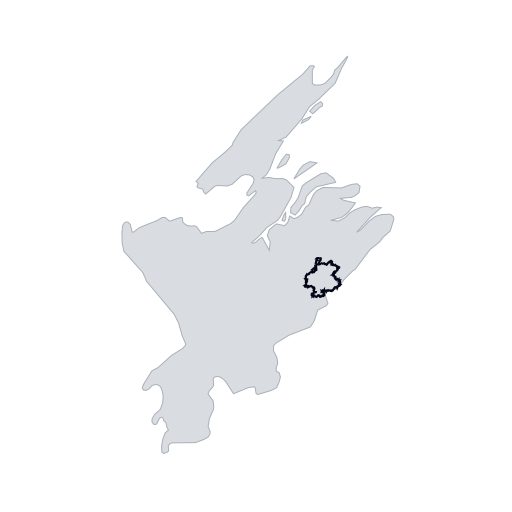 location of Jessore, Khulna, Bangladesh, rotated 232°
{"feature_id": "16705992B28022870637862", "entity_name": "Jessore", "entity_type": "district", "adm_level": 2, "iso_a3": "BGD", "parent_name": "Bangladesh", "parent_adm1": "Khulna", "projection": "equal_earth", "projection_center": [89.196, 23.085], "detail": "fine", "context": "in_parent", "style": "outline", "palette": "ink", "viewbox_px": 512, "rotation_deg": 232, "n_neighbors": 0, "source": "geoboundaries", "source_scale": "gbopen_adm2", "svg_char_len": 9428}
<svg xmlns="http://www.w3.org/2000/svg" viewBox="0 0 512 512"><g transform="rotate(232 256 256)"><path d="M191.0,362.2L190.9,349.9L184.4,325.7L184.7,323.1L183.3,311.4L181.7,305.0L180.9,298.1L184.8,288.2L183.2,286.6L174.5,283.6L173.5,281.0L175.4,271.3L169.1,262.1L166.6,255.3L173.3,233.2L175.1,217.8L174.6,214.8L170.5,211.4L163.3,210.0L158.2,207.2L155.2,202.8L152.7,201.1L149.6,202.4L145.6,200.7L142.3,196.4L139.5,191.1L140.6,185.4L145.9,171.9L147.8,171.5L152.4,174.1L154.1,174.1L157.1,168.7L161.3,153.5L175.8,154.8L179.3,154.3L183.0,153.1L185.0,151.2L186.1,148.8L185.7,146.7L181.2,143.8L179.5,141.7L178.3,135.6L176.9,133.3L168.2,133.0L163.6,130.2L161.1,127.7L156.7,119.4L151.2,113.3L145.9,111.8L143.9,109.9L142.8,106.7L143.5,102.2L146.2,93.4L160.6,74.6L161.0,72.5L160.5,70.1L156.2,67.1L156.0,65.6L157.2,61.6L159.6,61.2L164.5,64.7L169.6,70.5L172.6,75.7L172.7,79.8L176.6,80.6L179.9,82.4L183.3,81.9L185.6,82.9L187.0,82.5L187.6,80.2L184.7,74.2L186.1,71.8L189.4,71.9L191.8,74.1L193.6,78.7L193.9,85.8L197.8,92.2L202.9,96.7L206.9,98.8L211.8,100.3L215.9,98.9L218.0,94.4L217.1,90.4L217.7,86.8L219.4,84.9L221.9,85.0L223.9,87.8L229.6,103.2L228.4,110.0L229.7,128.6L228.3,141.0L229.2,145.7L230.2,146.5L238.7,148.8L251.0,153.8L260.5,155.6L303.2,154.2L312.6,156.6L341.1,154.8L348.9,158.7L357.4,165.1L362.2,169.9L363.1,172.6L362.6,175.0L361.0,176.2L358.1,176.3L351.3,173.2L350.2,174.1L350.2,181.5L344.8,200.1L344.1,205.9L342.2,208.2L336.6,209.3L332.9,220.2L331.4,221.5L327.7,219.2L325.4,219.5L322.5,220.5L319.6,223.1L317.6,226.2L315.4,227.2L307.4,227.0L305.8,232.1L300.6,238.7L297.1,256.2L297.4,261.6L301.9,275.6L305.1,293.8L306.3,295.6L307.8,295.8L307.9,287.4L309.3,286.4L311.2,287.3L315.0,298.5L317.2,301.4L320.5,302.2L324.3,300.5L327.1,297.2L328.2,293.6L327.2,281.4L328.9,276.4L335.4,269.0L336.3,266.7L335.8,254.5L338.3,254.1L341.6,255.1L345.7,252.1L347.0,252.1L348.8,255.2L351.7,254.7L356.4,278.9L356.9,296.1L358.0,305.6L359.6,307.8L364.7,322.1L369.7,372.6L370.5,404.8L372.5,415.7L370.9,418.2L369.3,418.6L367.8,414.8L357.2,406.6L354.6,407.5L351.0,412.2L349.6,416.6L350.3,422.8L351.5,428.9L354.0,432.4L354.2,436.2L357.2,450.8L356.4,450.8L350.5,437.6L343.4,424.7L340.9,401.4L340.7,390.0L335.8,376.5L331.2,353.0L333.1,344.8L329.8,348.4L324.4,334.3L316.1,320.6L313.7,314.5L313.5,308.6L310.0,314.5L305.2,318.7L300.3,325.0L297.0,326.9L286.6,328.1L280.6,319.7L271.9,299.1L270.8,294.4L271.8,282.4L269.8,270.9L269.1,260.9L267.6,261.8L267.0,264.5L267.4,268.8L266.8,272.3L252.3,270.0L258.5,276.0L265.1,277.4L268.6,282.8L268.8,291.8L262.3,297.2L262.9,301.7L266.7,307.3L262.1,308.8L260.9,312.4L260.8,317.6L264.0,325.5L263.5,328.6L269.0,339.0L270.1,344.0L268.7,351.0L257.0,365.3L253.6,375.4L250.7,380.1L247.0,381.0L242.6,376.2L242.5,371.3L243.4,367.4L249.5,357.9L246.2,359.2L236.6,367.0L234.8,360.7L233.6,354.8L233.6,347.6L238.1,336.9L232.9,342.3L231.5,349.0L232.2,356.8L231.5,362.4L229.4,369.7L226.7,374.1L222.2,376.9L220.2,381.2L217.1,384.4L216.1,369.7L212.8,349.9L212.1,354.1L213.8,366.4L213.7,374.4L211.2,380.7L206.3,387.5L202.5,388.5L200.2,387.4L193.1,377.2L192.5,367.5L191.0,362.2ZM278.3,362.5L269.5,364.9L265.0,364.1L273.3,346.3L273.0,338.4L271.7,331.9L267.4,326.7L267.2,323.0L265.2,317.9L264.2,312.0L268.9,310.0L272.8,313.5L274.2,320.2L276.1,325.3L282.8,335.7L282.7,342.1L280.9,357.7L278.3,362.5ZM297.1,356.7L291.8,361.4L293.4,333.3L297.5,343.8L298.5,349.4L297.1,356.7ZM317.6,342.6L315.3,344.6L313.0,342.9L310.2,336.3L311.5,328.0L312.4,326.8L315.8,335.3L317.6,342.6ZM337.8,402.0L334.8,402.3L333.3,400.3L333.9,397.5L333.1,388.3L337.0,387.4L338.4,395.1L337.8,402.0ZM334.3,376.5L332.1,385.5L331.1,381.5L332.6,373.5L334.3,376.5ZM271.2,303.3L272.1,306.2L267.2,302.5L265.9,299.8L268.1,298.4L271.2,303.3Z" fill="#d9dde1" stroke="#a8b0b8" stroke-width="1"/><path d="M201.4,275.8L201.2,276.1L201.2,276.3L201.0,276.5L201.2,277.3L201.1,277.5L200.7,277.7L200.3,277.6L200.4,277.9L200.6,277.9L200.7,278.2L200.6,278.6L200.0,278.9L199.8,278.8L199.6,278.9L199.5,279.2L199.2,279.3L199.0,278.8L198.7,279.9L198.8,280.0L198.8,280.4L198.5,281.1L197.8,281.3L197.0,281.2L196.9,281.6L196.5,281.7L195.8,281.4L195.7,282.2L195.1,282.1L195.0,282.3L194.3,282.0L193.8,281.5L193.8,280.9L193.7,280.7L193.6,280.9L193.0,280.3L192.3,279.9L191.3,280.3L190.8,281.0L190.6,280.7L191.1,280.1L191.7,279.7L191.5,278.7L191.1,278.4L191.1,278.1L191.2,277.7L191.4,277.7L191.5,277.5L191.8,277.5L192.0,277.0L191.9,276.8L191.7,276.8L191.8,276.5L191.7,276.4L191.4,276.6L191.2,276.5L190.4,276.5L190.5,275.7L190.1,275.7L189.6,275.6L189.6,275.8L189.5,275.7L189.5,275.9L189.0,276.0L189.3,276.3L189.6,276.4L189.7,276.8L190.1,276.9L190.1,277.1L189.4,277.4L188.9,277.8L188.7,277.7L187.6,277.7L187.4,277.6L186.7,278.5L186.4,278.6L186.8,279.8L186.4,280.3L186.6,280.4L186.6,280.5L186.8,281.0L186.6,281.3L186.0,281.6L185.9,281.4L185.7,281.5L185.7,281.4L185.6,281.5L185.0,281.4L185.0,281.8L184.4,282.1L184.1,281.9L183.4,282.0L183.5,282.0L183.8,282.2L183.8,282.3L183.9,282.1L184.2,282.7L184.1,283.1L183.8,283.3L183.7,283.2L183.6,283.6L183.8,283.7L184.0,283.9L183.7,284.2L183.2,284.1L182.9,284.3L182.9,285.2L183.3,285.1L183.6,284.9L183.6,285.0L183.7,284.9L184.0,285.0L184.2,285.8L184.1,286.4L184.2,286.5L184.4,286.2L184.2,286.0L184.5,286.1L184.9,286.2L184.8,286.5L185.5,286.9L186.0,286.5L186.6,286.3L186.9,285.8L187.0,285.8L187.3,286.3L187.3,286.2L187.1,285.8L187.2,285.6L187.4,285.8L187.4,286.2L187.5,285.8L187.8,286.2L188.2,286.3L187.9,286.5L187.6,286.2L187.4,286.4L187.4,286.6L187.7,286.8L187.8,287.1L187.7,287.1L187.4,287.7L187.5,287.8L187.3,288.1L187.4,288.5L187.3,288.4L187.2,288.5L187.2,287.8L186.5,287.8L186.3,288.0L186.2,288.5L185.7,288.6L185.6,288.9L185.3,288.9L185.0,289.4L185.1,289.9L184.8,289.8L184.9,290.0L185.0,290.3L184.9,291.1L184.5,291.0L184.4,291.1L184.3,292.1L183.9,292.0L183.3,293.2L183.0,293.5L182.5,293.3L182.4,293.4L182.5,293.7L181.8,294.0L182.0,294.4L182.1,294.7L181.9,294.8L181.9,295.0L181.6,295.0L181.5,295.4L181.6,295.6L181.4,295.5L181.7,295.9L181.7,296.0L181.8,296.2L182.0,296.3L182.1,297.8L182.5,298.1L182.6,298.3L182.4,298.3L182.3,298.7L182.4,299.1L182.2,299.2L181.9,299.6L182.1,300.1L182.3,300.2L182.3,300.4L182.2,300.6L180.6,300.1L180.9,300.7L181.4,300.6L181.6,300.8L181.6,301.7L181.9,302.3L181.3,302.7L181.1,303.1L181.1,303.7L181.3,304.7L181.8,304.1L182.1,304.3L182.3,303.9L183.0,304.0L183.0,305.0L182.7,305.3L182.8,305.7L183.6,306.1L183.8,306.3L184.3,305.9L184.1,306.5L184.3,306.7L184.6,306.6L184.8,306.2L184.9,306.4L184.8,306.5L185.1,306.6L185.2,306.8L185.3,306.6L185.5,306.7L185.6,306.4L185.6,306.2L185.8,306.1L186.2,306.4L186.1,306.7L186.4,306.5L186.5,306.3L186.9,306.1L187.1,306.5L187.2,306.1L187.5,306.1L188.0,306.5L187.8,306.2L188.0,306.1L187.8,305.7L187.9,305.3L187.6,304.8L187.9,304.5L189.1,304.4L189.5,305.0L190.2,305.5L190.5,304.7L190.7,304.8L190.7,305.3L190.9,305.5L191.0,305.3L191.3,305.2L192.0,305.4L192.4,305.0L192.6,305.5L193.4,306.0L193.7,305.9L193.8,305.6L193.8,305.4L193.5,305.0L194.0,304.6L193.9,305.1L194.2,305.5L194.7,305.7L195.5,307.7L195.5,308.2L195.3,308.2L194.3,307.3L194.0,308.0L194.0,308.4L194.7,309.2L194.9,309.6L194.6,310.7L194.7,311.5L195.3,312.5L195.7,312.5L195.7,312.0L195.8,311.9L196.2,312.2L196.4,312.6L196.3,313.6L195.7,313.9L195.5,314.1L195.6,314.5L195.9,314.7L196.6,314.2L196.9,313.2L197.1,313.0L197.5,313.5L197.6,313.3L197.8,313.3L198.3,313.6L198.5,313.5L198.8,313.1L199.0,313.2L199.2,312.9L199.7,312.9L199.9,312.6L200.1,312.7L200.1,312.3L200.4,312.0L200.8,311.9L201.1,311.2L201.3,311.1L201.4,311.4L201.8,311.6L201.9,311.3L201.9,310.9L202.2,310.9L202.3,310.7L202.8,311.0L202.9,310.1L203.1,310.2L203.4,310.7L204.0,310.8L203.7,311.1L203.3,311.2L203.3,311.5L205.0,311.8L205.0,312.2L204.6,312.3L204.7,312.5L206.0,312.3L206.2,311.9L206.1,311.5L206.2,311.0L206.1,310.7L206.4,310.5L206.4,310.3L206.3,310.0L205.8,309.7L205.9,309.3L206.2,309.4L206.4,308.9L206.3,308.6L206.1,308.3L206.2,307.9L205.9,307.1L205.5,306.9L205.6,306.2L206.7,306.0L206.9,305.4L207.2,305.2L207.8,305.4L208.3,305.3L208.2,304.9L208.3,304.7L208.6,304.6L208.9,303.7L209.9,303.4L210.1,302.4L210.1,301.2L210.4,300.7L210.5,300.3L211.2,300.1L211.6,300.3L211.8,301.2L212.5,302.3L212.7,303.0L212.7,304.0L213.2,304.7L214.2,305.7L214.6,305.5L214.8,304.7L215.9,304.1L216.8,302.8L216.7,301.9L216.1,302.4L215.5,301.9L215.4,301.1L215.3,300.9L215.1,301.1L215.2,300.7L215.1,300.4L214.7,300.3L214.7,300.0L214.1,299.7L213.9,299.0L213.7,298.6L213.1,298.3L212.0,298.6L211.7,298.5L211.5,298.1L211.3,297.2L211.0,297.4L210.8,297.1L210.8,296.3L211.2,296.2L210.6,295.8L210.8,294.7L210.7,293.1L210.4,293.6L210.1,293.8L210.0,294.3L209.5,294.8L209.4,295.2L208.5,295.1L208.4,295.2L208.6,295.6L207.8,295.1L208.0,293.6L207.7,292.1L207.5,291.7L208.1,291.2L208.2,291.3L208.2,291.0L208.5,291.2L208.5,291.3L209.0,291.2L209.5,291.3L209.6,290.9L209.0,290.4L209.0,290.1L209.3,290.1L209.3,289.7L209.2,289.8L209.2,289.5L209.5,289.5L209.4,289.1L209.5,288.9L209.7,288.4L209.6,287.9L209.7,286.8L209.5,286.0L209.6,285.6L209.4,285.7L209.5,285.3L210.2,285.0L209.9,284.7L209.8,284.4L209.7,283.8L209.8,283.3L209.5,282.7L209.0,282.6L209.0,282.4L208.5,282.2L208.2,281.7L207.8,281.6L207.6,281.3L207.4,281.4L207.5,281.2L207.2,281.3L207.2,280.6L207.0,280.4L206.9,280.4L206.7,280.8L206.4,281.1L205.9,281.6L205.7,281.6L205.6,281.0L205.4,280.3L204.8,280.7L204.6,280.6L204.8,279.9L204.5,278.9L204.2,278.9L204.1,279.3L203.9,279.3L203.5,278.5L203.3,278.5L202.6,277.8L202.7,277.2L202.6,277.3L202.1,276.8L202.2,276.4L202.4,276.2L202.3,275.9L201.9,275.9L201.7,275.7L201.4,275.8Z" fill="none" stroke="#020617" stroke-width="2"/></g></svg>